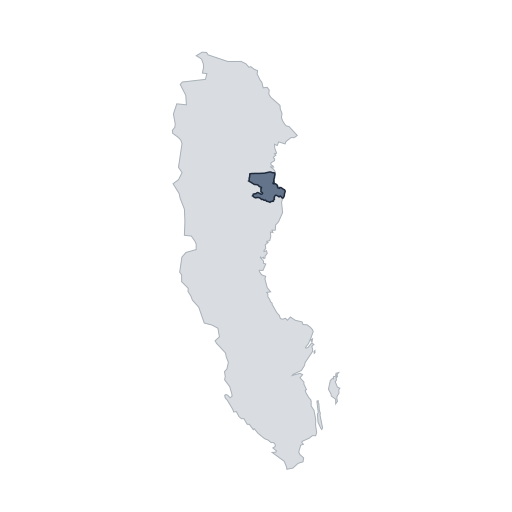 Skellefteå, Västerbotten, Sweden shown in context, rotated 334°
{"feature_id": "70781695B28951573568604", "entity_name": "Skellefteå", "entity_type": "district", "adm_level": 2, "iso_a3": "SWE", "parent_name": "Sweden", "parent_adm1": "Västerbotten", "projection": "mercator", "projection_center": [20.47, 64.835], "detail": "fine", "context": "in_parent", "style": "filled", "palette": "slate", "viewbox_px": 512, "rotation_deg": 334, "n_neighbors": 0, "source": "geoboundaries", "source_scale": "gbopen_adm2", "svg_char_len": 6368}
<svg xmlns="http://www.w3.org/2000/svg" viewBox="0 0 512 512"><g transform="rotate(334 256 256)"><path d="M169.5,368.6L170.6,372.0L173.0,371.6L173.9,369.1L175.1,361.8L173.5,353.6L175.6,350.7L177.0,346.1L180.3,344.8L184.6,339.4L185.0,333.9L186.1,329.8L182.3,317.4L182.0,314.3L187.7,312.6L190.1,304.2L186.2,298.8L180.1,293.6L182.1,276.9L179.5,267.8L179.9,263.9L179.4,257.9L180.9,255.4L177.9,246.5L180.9,240.3L180.3,237.1L188.9,224.5L194.6,222.1L205.0,224.0L207.5,219.0L207.6,216.2L206.6,209.7L200.7,206.0L207.1,194.1L212.2,182.5L213.1,171.0L214.3,166.1L213.1,154.7L219.9,153.4L226.1,148.6L225.2,142.3L238.8,122.5L239.2,118.9L238.2,115.5L234.9,109.2L235.9,106.4L239.5,104.7L241.3,101.9L244.0,92.2L251.5,84.5L259.7,89.6L263.3,80.9L263.1,68.6L266.0,67.3L288.0,75.1L291.8,70.5L288.0,68.1L291.8,63.1L292.9,60.0L293.3,56.4L293.1,54.5L290.1,49.8L297.0,49.2L300.8,51.4L301.1,54.2L316.0,68.9L327.9,74.6L331.2,78.8L332.4,83.3L334.3,83.5L336.4,87.7L338.7,90.0L336.8,92.9L336.8,99.4L337.4,102.4L336.2,108.0L340.0,109.3L340.6,112.7L338.5,116.1L338.8,119.8L343.6,131.1L342.2,134.7L341.9,139.3L339.6,142.6L339.2,146.0L339.6,150.4L340.3,152.5L342.4,154.0L345.9,165.7L342.2,166.4L339.4,164.9L333.0,166.3L331.3,168.0L326.4,163.4L323.5,166.0L321.6,163.7L320.1,167.5L319.6,172.6L317.3,172.2L318.1,174.1L315.0,174.8L314.7,175.6L315.4,176.9L314.4,178.4L310.1,178.9L309.5,180.6L310.7,182.6L310.7,183.8L307.9,181.9L309.8,185.6L310.2,188.3L304.2,198.6L306.1,201.3L307.7,207.2L309.4,209.8L308.7,212.4L302.5,218.9L299.0,228.6L291.3,235.1L287.3,236.7L284.6,241.2L281.6,239.8L281.5,242.4L279.5,240.8L277.9,244.8L275.1,248.2L272.1,247.6L271.8,248.2L272.7,249.1L269.2,250.0L268.1,253.5L265.6,254.5L265.1,255.6L267.8,255.8L267.2,258.6L264.2,260.0L263.2,261.8L261.8,261.8L262.1,260.4L260.1,260.5L259.5,258.9L259.2,259.3L260.5,263.9L259.5,265.8L261.3,267.5L255.9,272.0L252.7,270.3L252.2,271.6L252.9,275.5L255.8,278.5L254.0,280.5L252.2,289.3L253.4,294.6L249.7,293.4L250.0,295.4L248.8,297.8L249.3,301.2L248.9,303.4L249.8,305.4L249.3,306.4L249.8,315.7L250.9,319.7L250.5,322.8L252.0,324.5L255.2,324.9L256.1,327.5L260.2,325.9L263.1,331.0L268.5,335.4L268.2,338.2L271.7,340.2L273.7,344.0L274.5,347.1L274.2,349.1L268.8,354.3L264.6,357.8L260.3,359.9L260.5,360.7L262.6,361.1L267.8,358.6L269.3,360.8L266.5,361.8L266.0,364.8L264.8,366.7L253.3,373.4L251.8,375.5L246.7,378.8L237.5,378.6L236.1,379.3L244.1,380.7L245.9,383.1L242.2,384.7L243.8,390.5L242.9,391.9L242.8,398.2L241.4,398.3L240.9,400.9L241.5,407.2L242.2,409.0L241.9,410.8L239.8,415.0L240.5,420.0L238.0,429.1L235.3,434.4L233.1,441.3L230.8,443.7L228.0,442.2L223.9,443.1L216.4,442.8L215.4,443.5L216.0,446.0L213.3,445.6L208.5,450.9L208.4,453.5L210.3,458.4L208.0,461.6L202.9,460.8L196.2,462.8L190.2,461.2L190.9,459.5L191.4,453.0L184.4,439.6L187.7,441.0L189.0,440.3L187.0,435.9L189.8,435.6L190.6,434.0L190.1,431.4L187.8,430.3L185.8,426.2L183.7,424.1L180.0,416.0L178.7,410.4L177.4,410.9L176.2,404.4L174.3,403.4L173.8,396.8L171.7,396.0L170.3,393.0L170.1,387.2L167.5,386.4L167.9,383.6L167.0,373.2L166.1,369.9L166.8,367.5L168.2,367.3L169.5,368.6ZM275.7,400.3L274.5,400.9L273.9,402.8L272.1,403.7L271.7,409.4L273.4,411.6L271.7,412.6L270.5,415.6L267.4,417.6L266.2,419.5L265.5,422.3L262.8,423.8L264.8,419.7L262.3,414.9L262.9,413.1L262.7,407.5L268.2,400.5L270.8,399.6L271.9,400.4L272.4,398.7L273.3,398.3L275.7,400.3ZM240.5,439.6L239.1,440.8L238.7,439.1L238.9,432.6L241.9,424.9L243.2,424.3L246.9,413.7L247.4,413.0L248.6,413.6L247.7,414.6L247.7,416.5L245.4,422.1L244.8,425.8L243.9,426.7L240.5,439.6ZM276.8,398.1L276.5,399.7L275.2,398.4L276.5,396.5L279.2,397.0L276.8,398.1ZM270.5,355.2L268.7,357.8L268.3,356.7L268.7,355.4L270.5,355.2ZM266.6,368.8L265.7,369.0L266.3,367.2L267.5,366.8L266.6,368.8Z" fill="#d9dde1" stroke="#a8b0b8" stroke-width="1"/><path d="M286.4,179.5L285.7,180.9L285.2,181.5L285.0,182.1L284.0,183.0L283.7,183.7L283.3,184.5L282.5,185.5L282.4,185.5L282.7,186.0L283.1,186.6L283.6,187.3L284.0,187.9L284.7,189.1L285.1,189.7L285.6,190.6L286.2,191.2L287.1,191.7L287.9,192.2L288.5,192.7L289.1,193.5L289.3,194.3L289.3,194.8L289.7,195.3L290.3,195.9L290.8,196.4L290.9,197.1L290.5,197.4L289.9,197.6L289.7,198.1L289.5,198.7L289.0,199.6L288.7,200.0L288.6,200.6L289.0,201.1L289.4,201.7L289.5,202.1L289.4,202.5L288.9,202.9L288.2,202.9L287.4,202.5L287.0,201.7L286.5,201.0L285.9,200.3L285.6,199.9L284.9,199.6L284.1,199.7L283.5,199.9L283.2,200.0L282.5,199.6L281.9,199.5L281.3,199.4L280.7,199.2L280.4,199.5L280.1,199.9L279.8,200.2L279.3,200.4L279.4,200.5L279.7,201.3L279.9,202.0L280.3,202.6L280.7,203.1L281.1,203.5L281.4,203.7L282.3,203.8L282.8,204.0L283.2,204.2L283.7,204.4L284.1,204.8L284.4,205.1L284.8,205.4L285.0,205.7L285.2,206.0L285.4,206.5L285.5,207.1L285.6,207.4L285.7,207.6L286.0,207.8L286.6,207.9L286.9,208.2L287.3,208.6L287.5,209.0L287.6,209.4L287.8,209.5L288.2,209.7L288.5,209.7L288.9,209.8L289.1,210.1L289.3,210.5L289.3,210.9L289.4,211.3L289.7,211.6L289.9,211.8L290.4,212.0L290.9,212.5L291.3,212.9L291.9,213.6L292.1,213.9L292.4,213.8L293.1,213.6L293.5,213.7L294.1,213.9L294.5,214.0L295.1,214.0L295.3,214.3L295.8,214.3L295.9,214.1L296.0,213.7L296.4,213.5L297.0,213.2L297.3,213.1L297.5,213.0L297.5,212.5L297.5,212.0L297.8,211.6L298.1,211.5L298.5,211.1L298.7,210.6L299.2,210.4L300.0,210.0L300.5,210.1L300.9,210.4L301.2,210.7L301.7,211.4L302.1,212.0L302.4,212.5L302.5,212.8L302.7,213.0L303.2,213.0L303.4,213.0L303.8,212.7L304.1,212.8L304.4,213.2L304.6,213.8L304.7,214.5L304.9,215.2L305.3,215.6L306.0,215.7L306.5,215.3L307.3,214.8L308.2,213.7L308.7,212.8L309.2,212.2L309.8,211.6L310.4,210.9L310.7,210.5L310.7,209.7L310.6,208.9L310.0,208.2L309.6,207.6L309.4,207.1L308.8,206.1L308.5,205.5L308.0,205.2L307.5,204.9L307.2,205.2L306.9,205.4L306.5,205.3L306.2,204.9L305.6,204.4L305.6,203.7L305.6,203.0L306.0,202.3L306.0,201.7L305.9,200.9L305.6,200.5L305.4,200.1L305.1,199.7L304.6,199.3L304.2,199.1L303.8,199.0L303.4,198.8L303.2,198.6L303.1,198.3L303.4,197.8L303.9,197.8L304.3,197.9L304.6,197.6L304.5,197.2L304.7,196.6L305.0,196.4L305.2,195.7L305.4,195.3L305.8,194.7L306.2,194.3L306.8,193.9L307.1,193.2L307.6,192.6L307.9,192.1L308.6,191.3L309.0,190.5L309.3,189.7L308.4,188.9L307.6,188.5L306.9,188.0L306.2,187.1L305.5,186.6L304.7,186.4L302.3,185.8L299.6,185.2L298.6,184.7L297.0,184.0L295.6,183.4L294.7,183.0L293.9,182.7L293.1,182.2L291.7,181.5L290.3,180.9L289.7,180.7L289.1,180.3L288.2,180.0L287.5,179.7L286.4,179.5Z" fill="#64748b" stroke="#1e293b" stroke-width="1.5"/></g></svg>